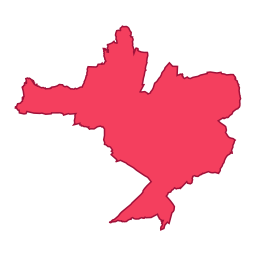 the district of Tataru, Prahova, Romania
{"feature_id": "2599482B58674664864206", "entity_name": "Tataru", "entity_type": "district", "adm_level": 2, "iso_a3": "ROU", "parent_name": "Romania", "parent_adm1": "Prahova", "projection": "orthographic", "projection_center": [26.318, 45.099], "detail": "fine", "context": "isolated", "style": "filled", "palette": "rose", "viewbox_px": 256, "rotation_deg": 0, "n_neighbors": 0, "source": "geoboundaries", "source_scale": "gbopen_adm2", "svg_char_len": 5743}
<svg xmlns="http://www.w3.org/2000/svg" viewBox="0 0 256 256"><path d="M169.1,223.4L171.9,212.8L173.3,211.4L174.0,210.0L174.4,206.6L172.9,204.1L170.4,200.8L166.3,196.1L167.6,194.5L168.3,192.7L170.7,192.0L171.8,190.1L172.7,189.8L174.6,187.8L176.2,188.9L177.5,188.4L179.1,188.4L180.4,187.6L180.6,188.2L186.8,181.7L187.5,183.2L190.3,183.8L191.5,183.1L192.0,182.5L192.2,180.8L192.6,179.8L192.1,178.3L192.6,177.6L192.7,176.4L193.6,176.0L194.7,175.6L195.9,176.3L198.1,176.4L199.7,175.1L201.3,174.5L201.3,174.2L201.9,174.2L202.7,173.3L203.4,173.5L208.4,171.6L210.9,172.6L212.9,172.8L215.1,172.4L218.6,173.4L218.7,172.6L219.4,172.1L220.2,170.6L220.3,168.7L222.1,166.1L222.9,163.9L223.9,162.7L224.6,160.1L225.8,157.6L227.4,155.4L229.9,153.9L230.5,153.2L230.5,152.7L230.9,153.0L232.2,153.1L232.0,151.7L231.6,151.0L231.6,150.3L232.3,148.3L232.8,147.5L232.9,145.2L233.9,143.2L234.5,140.9L235.2,140.1L233.1,138.6L230.4,138.0L228.7,137.1L228.0,136.3L225.5,132.4L226.3,130.7L226.4,130.0L225.7,126.7L224.5,125.6L220.5,122.9L218.2,120.8L223.0,117.9L223.4,118.4L224.0,118.1L224.3,118.5L226.9,117.3L227.6,117.6L228.2,117.4L229.9,115.4L231.9,114.1L233.0,111.7L236.2,109.2L237.9,108.7L238.1,108.2L239.4,107.0L239.8,105.7L239.9,103.9L239.9,102.8L239.6,102.1L239.8,101.5L239.7,100.5L240.6,98.7L240.0,96.4L240.1,95.8L239.7,95.0L239.1,90.5L239.4,87.5L238.4,85.8L238.8,84.8L238.2,84.4L238.1,83.7L237.4,82.5L237.3,81.1L235.2,79.4L235.1,78.6L235.6,78.4L235.3,77.1L234.8,76.7L233.6,75.0L233.3,74.6L230.8,74.5L226.7,74.9L224.3,74.0L221.8,73.7L221.2,73.1L221.0,72.3L217.0,73.0L210.2,72.0L207.2,72.4L207.3,73.5L200.4,75.1L198.1,76.3L192.8,77.4L190.5,78.5L188.6,78.2L187.3,77.0L184.5,78.5L183.3,77.6L183.0,76.5L182.1,75.8L182.2,75.4L182.7,74.9L182.3,74.0L181.3,74.3L180.2,74.1L179.5,74.7L178.1,75.0L177.1,75.5L177.5,66.4L172.6,66.3L169.4,62.8L165.1,67.7L164.4,69.7L162.0,72.7L161.3,75.0L160.0,77.3L159.2,78.0L156.8,81.5L154.7,83.2L153.2,88.1L152.0,90.3L150.7,91.8L150.5,92.8L148.0,94.0L147.4,93.2L144.8,91.6L141.6,92.0L140.1,91.8L143.9,84.7L142.3,84.7L143.5,77.8L144.2,75.4L144.9,71.2L145.9,70.2L145.3,68.9L145.8,66.0L147.0,62.5L146.6,62.0L147.1,58.1L147.8,55.6L147.6,53.1L147.3,52.4L144.1,52.4L141.2,52.0L138.6,51.0L137.8,50.3L138.1,49.4L137.9,48.6L136.3,48.1L135.9,48.2L133.9,53.6L133.6,51.9L133.9,50.6L133.9,49.5L132.5,45.2L132.8,44.3L132.4,41.4L132.9,40.6L133.1,39.3L132.3,37.5L132.5,37.0L130.8,36.7L130.9,36.2L130.3,35.7L131.0,35.0L131.2,32.4L129.9,30.7L128.8,28.2L127.5,27.0L126.3,26.5L123.6,26.7L122.4,26.2L121.4,27.5L120.3,28.2L120.2,28.9L120.6,30.1L120.5,30.5L118.2,30.3L116.7,30.7L115.8,33.2L115.5,34.9L115.6,35.8L116.2,36.5L116.0,39.5L116.6,40.0L117.1,43.0L116.9,43.2L114.7,42.6L114.0,41.3L112.0,43.0L108.6,44.4L107.5,44.6L107.4,45.0L107.9,45.3L108.0,46.8L107.4,47.8L107.3,48.4L107.9,49.6L108.3,49.8L108.3,52.2L107.1,52.0L107.4,50.1L107.0,49.6L106.4,49.7L105.8,49.3L105.7,49.9L105.4,50.0L105.2,49.9L105.3,48.9L105.1,48.6L103.3,48.5L103.9,50.6L103.7,51.4L104.2,52.4L104.2,53.1L103.9,53.4L104.2,54.6L103.9,55.9L104.8,58.2L104.8,59.1L105.9,61.2L104.8,62.1L104.1,63.8L102.0,64.2L102.0,63.2L100.8,64.1L98.1,64.3L97.2,66.3L96.1,67.0L88.1,66.7L87.2,69.2L87.5,71.0L86.9,72.7L86.9,75.1L86.3,75.6L85.4,79.2L84.1,81.9L84.3,82.5L82.6,85.7L82.4,86.9L80.2,87.2L77.8,88.5L76.4,88.9L75.2,88.3L74.0,89.2L71.9,88.8L70.9,89.0L67.5,86.6L66.6,86.3L65.2,86.7L64.0,86.4L63.3,85.9L62.6,84.8L59.3,84.5L57.4,85.8L54.9,86.7L51.8,87.1L51.4,87.3L51.2,88.0L50.6,88.0L50.7,88.3L50.4,88.5L45.5,88.8L45.2,88.0L44.7,88.3L43.1,87.5L41.7,87.8L39.1,86.7L38.7,86.1L37.4,86.2L37.0,85.7L36.9,84.3L36.6,84.3L35.9,85.3L35.6,85.2L34.5,84.3L34.5,83.9L34.0,83.8L33.7,83.3L34.3,82.9L33.4,82.1L33.8,81.6L33.4,80.7L33.1,80.8L32.8,81.8L32.1,80.9L32.1,79.9L31.2,79.6L30.5,78.8L29.3,78.2L28.5,78.6L27.7,78.0L25.8,78.6L26.4,80.9L26.0,81.6L26.5,82.2L26.4,83.3L26.1,83.4L25.3,82.7L24.8,82.8L24.5,83.1L24.6,85.1L23.7,85.5L23.3,86.7L22.5,86.7L22.2,87.2L23.3,91.2L24.0,96.5L23.6,96.9L23.4,98.0L22.9,97.1L22.4,97.5L22.4,101.3L21.7,101.6L20.4,103.2L17.6,103.8L16.6,106.4L15.5,106.8L15.4,107.2L15.4,108.0L16.3,107.8L16.4,108.2L16.8,108.2L17.4,109.5L18.3,110.3L19.1,110.3L19.4,112.9L24.0,113.9L26.0,113.6L26.9,111.5L33.9,113.1L39.8,113.4L41.9,113.1L45.6,114.2L51.2,113.8L51.6,112.9L60.1,112.8L62.2,113.3L63.3,114.2L63.6,115.1L68.4,113.6L69.8,114.1L75.8,113.6L75.1,114.7L74.9,115.9L75.1,117.2L74.4,120.5L74.7,123.4L73.7,124.8L79.9,123.3L79.8,124.2L80.0,125.0L81.1,125.0L81.4,125.9L82.8,125.9L84.0,126.6L85.8,126.6L87.6,127.2L88.7,127.1L88.4,128.0L89.5,129.2L90.7,128.8L94.1,128.9L97.5,126.7L100.6,126.1L102.0,127.0L102.8,126.7L104.5,128.9L104.5,135.6L103.7,139.8L104.7,142.5L104.5,144.4L106.0,144.8L108.1,146.6L109.6,146.6L110.6,147.3L112.5,150.1L111.3,151.2L112.5,152.3L112.8,153.0L112.4,153.6L111.4,154.1L111.1,154.6L116.3,159.2L117.1,160.4L116.1,161.4L116.2,161.6L120.5,160.3L126.2,163.0L127.5,164.2L133.4,167.6L136.5,170.2L144.6,175.6L147.7,177.3L151.2,181.7L146.9,185.9L144.6,188.5L143.1,190.7L142.9,192.2L141.0,194.5L132.0,203.0L130.9,204.4L121.8,211.9L120.3,213.4L118.3,216.0L115.1,218.8L113.9,219.6L112.6,220.0L110.5,222.0L109.1,222.2L110.8,222.7L111.6,222.0L115.6,221.6L117.8,220.4L119.8,220.9L121.5,220.8L121.5,221.3L122.4,221.7L123.4,221.4L124.1,221.7L126.4,221.5L128.5,219.8L130.3,219.2L131.0,219.3L131.2,219.0L131.1,218.4L131.3,218.2L132.6,217.6L134.0,218.6L135.6,219.0L138.9,218.9L139.3,218.5L141.8,217.6L143.0,218.2L144.1,218.2L144.4,218.1L144.3,217.6L145.0,217.2L146.2,217.7L151.1,217.5L157.5,214.2L158.3,216.6L159.3,218.0L159.3,218.7L162.1,220.6L162.2,221.4L162.5,221.5L162.8,220.5L163.2,220.5L162.6,221.9L161.7,221.7L162.1,222.3L161.7,223.3L162.5,224.1L162.0,225.8L161.2,226.5L160.7,228.1L160.8,229.8L163.9,228.5L164.8,225.2L167.3,222.2L169.1,223.4Z" fill="#f43f5e" stroke="#9f1239" stroke-width="1.5"/></svg>